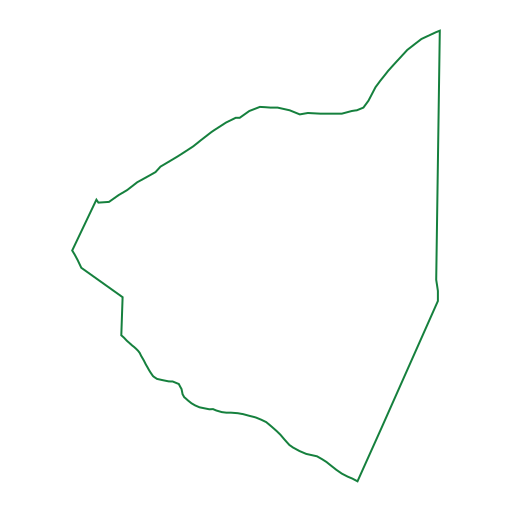 Lezy, Micoud, Saint Lucia (Equal Earth projection)
{"feature_id": "8701671B57914873676078", "entity_name": "Lezy", "entity_type": "district", "adm_level": 2, "iso_a3": "LCA", "parent_name": "Saint Lucia", "parent_adm1": "Micoud", "projection": "equal_earth", "projection_center": [-60.94, 13.804], "detail": "fine", "context": "isolated", "style": "outline", "palette": "green", "viewbox_px": 512, "rotation_deg": 0, "n_neighbors": 0, "source": "geoboundaries", "source_scale": "gbopen_adm2", "svg_char_len": 1786}
<svg xmlns="http://www.w3.org/2000/svg" viewBox="0 0 512 512"><path d="M132.3,345.6L134.0,346.9L135.9,348.6L138.0,350.7L139.7,352.9L141.2,356.0L141.7,356.8L143.9,360.6L145.8,364.4L148.0,368.2L148.8,369.7L150.4,372.3L152.3,375.1L153.1,376.2L154.3,377.1L157.0,378.9L162.4,380.1L166.3,380.9L168.8,381.4L172.7,381.5L178.8,384.0L180.2,386.7L181.5,389.0L181.9,390.8L182.6,394.3L184.3,397.3L185.0,397.8L188.0,400.5L190.5,402.5L191.5,403.3L192.2,403.7L195.1,405.4L197.4,406.4L199.5,407.3L204.9,408.4L207.4,408.9L209.4,409.3L213.0,409.1L216.3,410.5L221.8,412.1L223.4,412.3L226.6,412.7L229.2,412.7L231.3,412.7L237.8,413.2L241.7,413.9L242.6,414.0L249.6,415.9L254.5,417.1L256.1,417.6L261.2,419.7L266.2,422.1L271.6,426.6L276.7,431.1L280.3,434.6L281.0,435.4L284.2,439.2L286.6,441.9L289.4,445.0L291.6,446.5L292.8,447.4L299.4,451.0L306.2,453.9L317.0,456.3L322.1,459.2L326.5,462.0L328.6,463.7L331.5,466.0L336.3,469.8L341.8,473.6L347.6,476.6L352.4,478.6L353.7,479.3L357.5,481.3L381.2,428.6L437.9,301.0L437.9,291.0L437.0,284.9L436.2,279.8L439.8,30.7L436.0,32.2L426.5,36.6L421.4,39.0L415.8,43.3L407.3,49.9L398.2,59.8L396.7,61.4L393.5,64.9L388.1,70.9L386.0,73.6L380.0,81.1L379.0,82.5L375.5,87.2L370.4,97.0L368.4,100.8L363.4,107.6L356.8,110.3L355.0,110.5L351.8,111.0L341.7,113.7L321.0,113.7L307.9,113.0L304.9,113.5L299.8,114.4L289.7,110.3L277.6,107.6L270.5,107.6L265.3,107.2L259.9,106.9L249.3,111.0L239.7,117.8L235.7,117.8L226.1,122.5L214.3,130.1L211.5,132.0L208.9,134.0L200.9,140.2L193.3,146.3L186.1,151.0L177.7,156.4L171.0,160.4L160.5,166.6L155.5,172.1L148.4,176.1L137.3,182.2L127.1,190.1L118.6,195.1L109.0,201.9L101.7,202.4L98.4,202.6L96.4,199.7L72.2,250.5L74.8,254.8L77.7,260.2L81.3,267.8L122.6,297.2L121.3,335.3L123.9,337.6L126.8,340.7L132.3,345.6Z" fill="none" stroke="#15803d" stroke-width="2"/></svg>